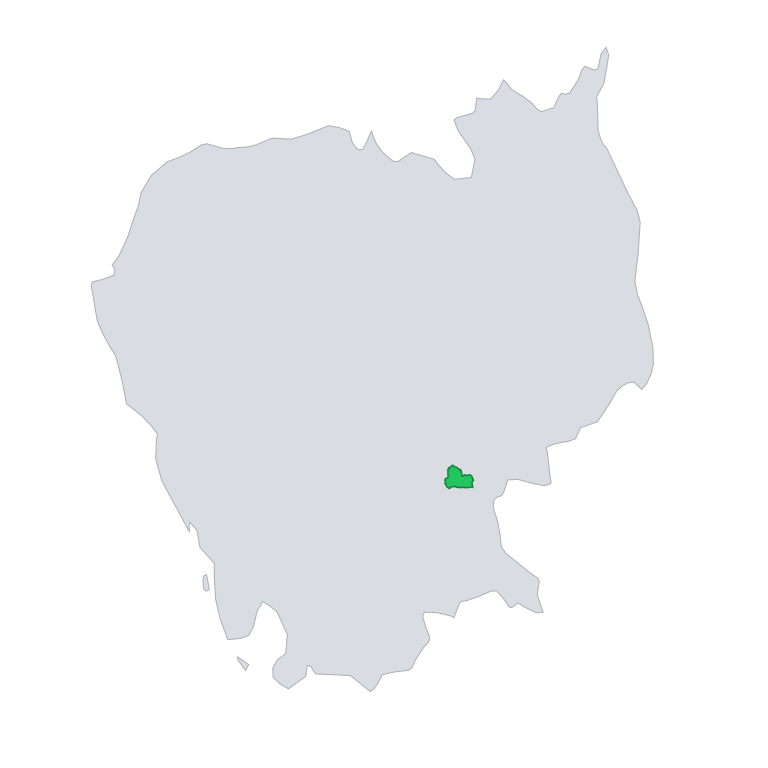 Ou Reang Ov, Kâmpóng Cham, Cambodia (highlighted), rotated 352°
{"feature_id": "14789045B44533012408415", "entity_name": "Ou Reang Ov", "entity_type": "district", "adm_level": 2, "iso_a3": "KHM", "parent_name": "Cambodia", "parent_adm1": "Kâmpóng Cham", "projection": "equal_earth", "projection_center": [105.534, 11.827], "detail": "fine", "context": "in_parent", "style": "filled", "palette": "green", "viewbox_px": 768, "rotation_deg": 352, "n_neighbors": 0, "source": "geoboundaries", "source_scale": "gbopen_adm2", "svg_char_len": 6325}
<svg xmlns="http://www.w3.org/2000/svg" viewBox="0 0 768 768"><g transform="rotate(352 384 384)"><path d="M650.7,81.6L652.3,89.3L648.0,103.9L643.4,117.2L634.6,128.8L634.2,137.3L631.3,162.7L632.5,170.8L634.5,177.8L637.4,181.5L645.1,206.4L652.1,229.1L659.0,247.7L660.2,259.5L654.0,289.4L646.8,316.8L647.4,330.5L650.6,344.2L654.0,362.5L655.3,385.9L653.6,401.1L650.3,410.6L644.0,420.3L638.5,425.3L631.8,417.0L626.5,416.7L619.5,419.1L613.9,422.9L602.6,437.2L590.0,451.1L572.6,454.6L565.9,464.9L558.7,466.4L544.9,466.9L535.9,469.3L536.3,474.5L535.6,498.9L535.8,504.6L534.4,506.2L528.2,506.9L517.6,503.2L503.3,497.1L493.2,496.2L488.0,506.8L484.9,511.0L481.0,511.6L477.0,513.5L475.6,518.3L475.3,524.2L477.3,534.4L478.0,550.6L477.5,561.6L481.2,568.6L503.0,592.1L509.5,597.9L510.2,601.4L506.4,614.2L509.8,632.2L503.0,631.8L491.6,624.1L486.1,619.4L479.5,623.2L477.2,622.5L472.7,613.6L466.9,604.6L460.9,604.0L448.2,607.6L435.2,610.1L430.2,610.0L428.2,611.7L420.7,625.1L417.5,622.8L404.4,617.7L392.4,615.7L390.0,619.2L391.4,630.1L394.0,640.8L392.5,645.4L385.9,651.0L377.2,661.1L371.9,669.0L368.2,670.9L355.0,670.6L341.8,671.6L336.5,679.1L331.6,684.8L327.3,686.4L310.1,668.0L275.9,661.6L272.2,653.5L269.0,651.9L265.8,662.5L247.0,672.6L239.2,666.5L233.4,659.1L234.3,650.0L239.7,642.6L249.1,637.3L253.4,618.7L246.4,594.9L240.2,588.0L233.6,582.5L226.7,591.3L220.8,606.5L214.8,614.3L206.2,616.0L193.7,615.4L188.9,592.8L187.3,573.4L189.1,551.2L191.0,538.1L179.0,520.0L178.4,502.8L172.6,494.0L170.9,498.5L171.1,503.4L169.4,499.8L150.6,449.3L147.5,426.0L150.8,408.0L152.7,401.9L147.3,392.4L139.6,381.7L126.1,367.6L125.2,345.3L122.3,319.0L118.3,310.1L112.1,294.0L108.8,280.6L107.8,245.2L109.5,242.3L119.2,241.3L131.6,238.7L133.5,233.0L131.4,228.3L139.3,220.3L150.7,202.7L159.6,184.4L165.9,172.8L169.7,161.3L182.5,145.1L200.1,133.8L212.0,131.2L224.5,127.4L236.4,121.9L242.0,121.4L256.7,128.0L264.7,129.7L273.1,129.6L281.8,130.3L289.3,129.6L307.4,125.0L326.6,128.6L343.7,125.8L364.9,120.5L375.3,123.8L384.8,129.1L386.1,139.9L388.3,144.8L391.5,148.6L395.7,148.6L401.1,141.1L405.6,133.3L407.1,131.9L407.3,135.7L409.6,144.1L413.6,152.4L417.7,157.8L424.5,165.1L428.9,165.5L443.4,158.6L465.2,168.6L467.7,173.6L474.7,183.8L482.4,191.1L499.3,191.6L505.4,173.6L502.4,162.7L492.7,143.6L490.1,132.4L493.2,130.4L509.5,128.2L512.2,126.0L515.8,113.7L520.2,115.1L529.3,116.7L538.9,108.2L544.6,99.4L547.7,103.4L551.1,109.6L554.8,113.2L561.7,118.6L569.3,126.1L574.0,133.5L577.9,136.3L587.6,134.3L590.2,134.6L595.8,125.6L599.8,120.8L603.1,122.2L608.0,122.0L618.1,110.6L623.9,100.2L627.1,97.4L636.2,102.6L639.8,101.5L645.0,87.2L650.7,81.6ZM182.5,562.9L180.7,564.3L178.9,564.2L177.1,562.2L177.3,554.0L178.6,549.0L181.7,548.1L182.5,562.9ZM210.9,643.0L207.1,648.5L201.0,637.2L201.0,634.0L210.9,643.0Z" fill="#d9dde1" stroke="#a8b0b8" stroke-width="1"/><path d="M431.6,486.4L431.6,486.7L431.7,486.9L431.6,487.1L431.4,487.2L431.2,487.3L431.1,487.5L430.8,487.7L430.8,487.8L430.9,488.0L431.0,488.2L431.1,488.4L431.1,488.8L431.2,489.0L431.2,489.4L431.3,489.6L431.3,489.9L431.2,490.0L430.8,490.6L430.7,490.8L430.5,491.0L430.8,491.2L431.0,491.3L431.1,491.5L431.2,491.9L431.2,492.3L431.2,492.7L431.3,493.1L431.5,493.3L431.6,493.6L431.6,493.8L431.7,494.0L431.8,494.1L432.0,494.4L432.1,494.7L432.3,494.8L432.4,495.0L432.6,495.1L432.9,495.4L433.2,495.6L433.5,495.9L433.7,496.1L434.0,496.4L434.1,496.5L434.3,496.6L434.5,496.6L434.9,496.4L435.1,496.2L435.3,496.0L435.4,495.9L435.6,495.6L435.9,495.2L436.1,495.1L436.3,495.1L436.5,495.2L436.9,495.2L437.2,495.2L437.4,495.2L437.6,495.3L437.8,495.3L438.0,495.3L438.5,495.4L438.8,495.4L439.1,495.4L439.5,495.4L439.9,495.4L440.0,495.4L440.2,495.5L440.4,495.6L440.6,495.7L440.7,495.9L440.9,496.0L441.1,496.2L441.3,496.3L441.5,496.4L441.7,496.5L442.1,496.5L442.4,496.5L442.7,496.4L443.0,496.5L443.3,496.6L443.5,496.8L443.7,497.0L443.8,497.0L444.0,497.0L444.4,497.1L444.7,497.1L445.0,497.1L445.3,497.2L445.5,497.2L445.7,497.3L446.1,497.3L446.5,497.4L446.8,497.4L447.1,497.4L447.5,497.4L447.9,497.3L448.2,497.4L448.4,497.4L448.6,497.5L449.0,497.7L449.3,497.8L449.6,497.9L449.9,497.9L450.1,498.0L450.5,498.0L450.8,498.0L451.1,498.0L451.4,498.0L451.8,498.1L452.1,498.2L452.3,498.3L452.7,498.3L453.0,498.3L453.3,498.3L453.6,498.3L453.9,498.3L454.3,498.2L454.5,498.2L454.8,498.2L455.1,498.2L455.4,498.2L455.7,498.2L455.9,498.2L456.2,498.3L456.4,498.3L456.6,498.4L456.8,498.5L457.0,498.7L457.3,498.8L457.5,498.8L457.5,498.7L457.4,498.4L457.4,498.1L457.5,497.9L457.5,497.6L457.5,497.3L457.5,497.2L457.4,497.0L457.4,496.9L457.4,496.3L457.4,495.9L457.5,495.3L457.4,494.7L457.4,494.1L457.4,493.7L457.6,493.2L457.8,492.9L458.0,492.8L458.3,492.7L458.7,492.5L459.0,492.3L459.2,492.0L459.2,491.8L459.1,491.5L459.0,490.9L458.9,490.5L458.6,489.6L458.3,488.7L458.2,488.0L458.1,487.7L457.9,487.3L457.7,487.0L457.6,486.9L457.3,486.7L457.0,486.4L456.9,486.3L456.6,486.1L456.4,486.0L456.2,485.9L455.9,485.8L455.4,485.9L455.0,485.9L454.6,485.9L454.3,486.0L453.9,486.1L453.6,486.1L453.3,486.0L453.1,485.9L452.8,485.8L452.5,485.7L452.3,485.6L452.0,485.5L451.8,485.5L451.4,485.4L451.1,485.3L450.8,485.3L450.6,485.3L450.4,485.4L450.2,485.5L449.9,485.7L449.6,485.8L449.3,486.0L449.1,486.1L448.8,486.2L448.6,486.2L448.5,485.7L448.5,485.4L448.6,485.2L448.5,484.9L448.4,484.5L448.4,484.2L448.4,483.7L448.4,483.3L448.5,482.9L448.5,482.4L448.4,482.0L448.4,481.5L448.4,481.1L448.4,480.7L448.3,480.4L448.1,480.3L447.8,480.2L447.6,480.2L447.6,479.2L447.1,479.2L446.5,479.2L445.4,477.6L445.1,477.3L445.0,477.2L444.6,476.8L444.2,476.5L443.8,476.3L443.4,476.2L443.1,476.2L442.7,476.0L442.4,475.9L442.2,475.8L441.6,474.8L441.3,474.3L441.1,474.1L440.9,474.1L440.6,474.1L440.4,474.1L440.0,474.2L439.7,474.4L439.5,474.5L439.3,474.6L439.1,474.7L438.9,474.9L438.7,475.0L438.4,475.3L438.2,475.5L438.0,475.8L437.9,476.0L437.7,476.2L437.6,476.3L437.3,476.4L437.1,476.4L436.9,476.3L436.8,476.1L436.6,475.9L436.5,476.0L436.4,476.2L436.3,476.4L436.1,476.6L435.9,476.9L435.7,477.1L435.5,477.4L435.3,477.7L435.3,478.0L435.2,478.3L435.3,478.5L435.3,478.9L435.2,479.5L435.1,480.0L435.0,480.4L434.9,481.1L434.9,481.4L434.9,481.7L434.8,482.6L434.7,482.9L434.7,483.4L434.7,483.6L434.6,484.1L434.6,484.7L434.6,485.0L434.3,485.5L434.0,485.6L433.7,485.7L433.3,485.8L433.0,485.9L432.6,486.0L432.2,486.1L431.9,486.2L431.7,486.3L431.6,486.4Z" fill="#22c55e" stroke="#15803d" stroke-width="1.5"/></g></svg>